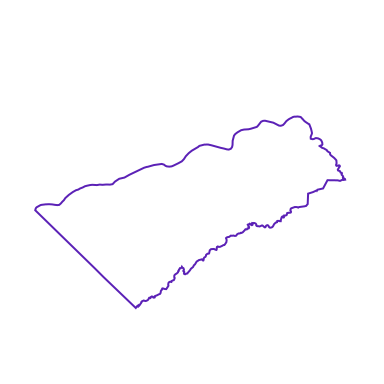 Garay, Santa Fe, Argentina (Albers equal-area conic projection), rotated 218°
{"feature_id": "61730980B46237487976912", "entity_name": "Garay", "entity_type": "district", "adm_level": 2, "iso_a3": "ARG", "parent_name": "Argentina", "parent_adm1": "Santa Fe", "projection": "albers", "projection_center": [-60.292, -31.093], "detail": "fine", "context": "isolated", "style": "outline", "palette": "violet", "viewbox_px": 384, "rotation_deg": 218, "n_neighbors": 0, "source": "geoboundaries", "source_scale": "gbopen_adm2", "svg_char_len": 6023}
<svg xmlns="http://www.w3.org/2000/svg" viewBox="0 0 384 384"><g transform="rotate(218 192 192)"><path d="M218.5,220.6L218.9,216.4L218.6,212.9L218.9,209.9L220.5,206.2L222.9,201.3L223.8,199.7L225.5,198.0L227.6,196.7L229.0,196.3L231.0,196.3L233.1,195.5L238.6,189.8L242.4,184.6L243.1,183.9L244.7,181.6L251.9,167.1L254.1,161.8L257.5,157.6L259.1,152.8L259.4,149.3L261.1,147.4L264.2,145.1L266.9,142.6L269.3,141.0L271.2,138.9L275.1,136.2L276.7,134.6L278.6,132.3L279.9,130.6L280.9,128.3L282.4,125.8L283.1,123.9L284.5,122.0L285.9,118.6L287.3,113.8L288.1,109.2L287.9,106.6L288.2,104.6L288.3,102.2L288.7,100.1L290.0,98.8L291.9,97.6L294.6,96.1L297.1,94.4L299.8,92.1L302.7,89.2L303.3,88.4L305.0,84.4L305.1,83.7L305.0,82.8L304.3,81.1L221.5,72.0L209.3,70.5L164.9,66.0L165.0,67.8L164.1,68.3L164.5,68.8L164.8,68.9L164.8,69.1L164.3,69.8L164.3,70.1L164.2,70.1L163.9,69.9L163.7,69.9L163.7,70.1L164.0,70.2L164.0,70.3L163.8,70.4L163.6,71.0L163.7,71.8L163.8,72.2L163.7,72.8L163.8,73.1L163.8,73.4L164.2,74.0L163.9,74.7L164.1,75.3L163.6,76.0L163.4,76.6L163.2,76.8L161.7,77.3L161.0,78.1L160.3,79.5L160.3,80.8L160.6,81.9L160.6,82.3L160.3,82.6L159.8,82.5L159.5,82.7L159.5,83.4L159.8,83.8L159.4,84.9L158.8,85.2L158.4,85.2L157.8,85.0L157.4,85.1L157.1,85.2L156.8,85.5L156.5,85.9L156.6,86.3L157.2,86.7L157.2,87.0L156.8,87.5L156.6,88.1L156.2,88.6L155.1,91.0L154.5,91.9L154.6,93.1L155.6,94.9L155.7,95.8L155.5,96.8L155.6,97.1L155.8,97.4L156.0,97.5L156.0,97.8L155.4,98.2L153.7,98.8L152.5,99.6L152.8,103.3L153.0,103.8L153.6,104.2L154.1,105.0L154.5,105.7L154.6,106.5L154.3,107.4L153.8,107.9L152.9,108.4L153.3,109.2L152.5,110.8L152.1,111.3L152.2,112.1L152.7,113.6L153.5,113.9L154.4,115.1L154.6,115.9L154.4,117.1L153.9,118.3L153.6,120.0L153.7,120.3L154.1,121.0L154.2,121.3L153.9,121.8L154.3,122.3L154.5,122.9L154.4,123.5L154.6,124.3L154.6,124.6L154.0,124.9L153.9,125.1L153.7,126.1L153.9,126.8L153.0,126.5L152.7,126.4L152.1,126.5L151.9,126.7L151.6,126.6L150.4,125.7L150.3,125.4L150.4,124.8L150.2,124.4L149.9,124.3L149.0,124.3L148.5,123.7L148.4,123.1L148.1,122.9L147.6,122.6L147.3,122.7L146.7,123.0L146.2,124.1L145.8,124.8L145.5,125.0L145.6,125.4L145.4,128.9L145.6,130.9L145.0,133.5L145.1,134.2L145.4,135.3L145.1,136.8L145.5,140.0L145.2,141.0L144.9,141.6L144.8,142.2L144.7,142.5L143.3,144.3L142.8,145.0L142.5,145.1L141.9,144.8L141.1,144.8L140.9,145.0L141.1,145.8L141.8,146.5L142.0,147.9L141.6,148.9L141.5,149.5L141.8,150.4L142.2,151.2L141.8,152.9L140.8,153.8L140.8,154.3L142.1,157.0L141.8,158.7L139.7,160.6L137.9,161.0L137.1,161.4L137.4,162.4L137.9,162.9L138.5,164.0L138.1,165.0L137.3,165.1L136.2,166.0L135.2,167.9L134.5,169.6L133.9,170.1L133.8,170.9L133.9,171.8L134.0,173.5L135.0,175.3L135.9,176.1L136.4,176.3L136.8,176.6L136.7,177.4L136.3,178.2L135.1,179.5L134.5,181.6L133.7,182.0L132.4,183.3L131.6,183.5L130.7,184.2L130.4,184.6L130.3,185.3L130.4,185.9L130.4,186.5L129.8,188.0L128.8,188.8L128.6,189.3L128.5,189.8L128.1,190.1L127.7,190.3L127.5,191.0L127.2,191.5L127.0,193.7L126.9,194.3L127.0,195.2L126.9,195.6L125.8,196.2L125.6,197.0L125.6,197.3L125.8,197.5L125.6,197.9L125.0,198.1L124.9,198.3L124.9,198.6L125.3,199.4L125.6,199.6L125.8,199.7L126.4,199.7L126.6,199.8L127.0,200.1L127.0,200.4L127.1,200.6L127.9,200.6L127.9,200.8L127.6,201.1L127.1,201.5L127.2,202.1L127.1,202.4L126.8,202.3L126.0,202.4L125.4,202.8L125.3,203.0L125.7,203.4L125.7,203.5L125.2,203.6L124.9,203.5L124.8,203.1L124.9,202.8L124.8,202.7L124.7,202.6L124.4,202.7L124.1,203.3L124.2,203.7L124.4,204.0L125.0,204.6L125.2,204.8L124.5,205.2L124.3,205.6L123.9,205.9L122.9,206.2L122.3,206.3L121.3,206.0L120.8,205.2L120.1,205.1L119.5,205.3L118.5,206.0L117.6,206.4L116.9,207.5L116.7,208.0L116.3,208.7L115.8,209.0L113.0,208.9L112.5,209.4L112.8,211.1L112.3,212.2L111.6,212.5L110.6,212.3L109.6,211.8L108.9,211.8L108.2,212.2L107.4,213.2L107.1,214.0L107.1,215.2L107.5,217.2L107.2,219.5L106.7,220.0L106.4,220.6L107.0,221.5L106.7,222.0L105.6,222.8L104.7,223.1L104.1,223.6L104.8,224.7L105.7,227.0L105.8,227.3L105.8,228.0L105.6,228.5L105.3,228.5L104.4,228.1L104.2,228.2L104.0,228.4L104.0,228.7L104.9,229.9L105.0,230.2L103.8,231.0L103.3,232.0L103.3,232.5L103.6,232.8L103.8,233.7L104.0,233.9L104.0,234.2L103.9,234.3L103.4,234.6L102.9,235.4L102.2,235.8L101.6,236.5L101.6,237.0L101.8,237.4L102.6,237.9L103.2,238.1L103.9,239.7L103.6,240.5L101.7,243.5L99.9,244.8L98.7,245.1L98.4,246.0L94.6,249.9L93.5,251.3L93.5,252.6L93.4,253.7L99.5,262.2L96.6,266.4L94.6,270.3L94.4,270.2L94.5,271.1L90.9,275.5L92.5,284.7L84.5,290.8L82.2,291.9L81.9,292.4L81.4,293.5L81.0,294.2L80.2,294.6L78.9,296.0L79.4,296.4L79.7,296.4L80.7,296.1L81.2,296.4L81.2,296.1L81.2,295.8L81.3,295.7L81.8,296.1L82.1,296.4L82.1,296.8L82.3,297.1L82.8,297.3L83.2,297.6L84.6,297.7L84.9,297.9L85.2,298.3L85.3,299.0L85.5,299.2L85.8,299.3L86.4,298.9L87.0,298.8L88.0,299.4L88.5,299.5L89.0,299.3L89.7,299.0L90.2,298.9L90.5,299.1L90.9,299.4L91.0,299.8L91.0,300.7L91.3,302.1L91.2,303.1L91.5,303.5L92.1,303.7L92.6,303.5L94.0,301.7L94.4,301.6L94.7,301.7L95.1,302.0L95.3,302.4L95.6,303.3L95.8,303.7L97.7,305.8L98.4,306.0L101.0,306.4L104.3,306.4L105.1,306.4L106.2,306.6L107.3,307.8L110.4,307.5L111.7,308.0L113.5,307.7L114.8,307.6L116.7,306.9L118.7,306.9L119.3,306.8L119.7,306.8L119.4,307.6L118.5,308.7L118.5,309.7L119.8,311.1L121.0,311.8L122.2,312.3L123.8,312.3L125.6,311.9L126.9,311.2L127.8,310.5L128.6,308.8L129.4,307.9L130.2,307.5L131.2,307.1L132.3,308.3L132.6,308.9L133.2,311.1L133.7,312.3L135.5,313.8L137.3,315.2L141.3,317.6L141.9,317.4L145.9,317.1L147.9,317.2L149.5,317.6L150.2,317.6L152.0,318.0L153.0,317.8L155.3,316.5L156.0,315.8L157.9,314.2L158.7,313.1L159.2,311.8L160.0,310.2L160.6,308.7L161.3,305.9L161.3,303.0L161.5,300.9L162.4,299.4L163.0,298.7L164.3,297.9L170.6,296.7L178.4,293.1L179.8,291.8L180.8,290.0L180.8,284.8L181.0,283.2L184.5,278.2L186.1,276.2L189.4,273.3L191.3,271.0L192.9,267.0L193.6,264.3L193.6,262.3L191.5,257.4L189.0,254.0L188.1,252.1L188.0,250.0L189.1,248.1L190.7,247.1L193.6,245.9L196.5,244.5L205.4,240.8L208.6,239.3L211.5,236.9L214.5,233.0L214.8,232.0L214.8,231.5L217.6,224.4L218.5,220.6Z" fill="none" stroke="#5b21b6" stroke-width="2"/></g></svg>